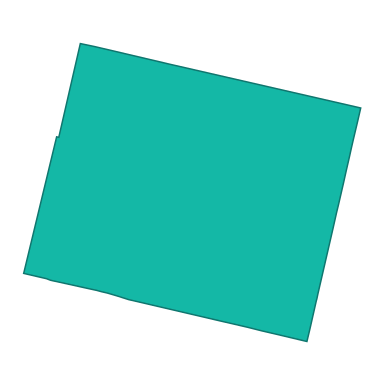 Baca, Colorado, United States of America, rotated 13°
{"feature_id": "52423323B14661971146918", "entity_name": "Baca", "entity_type": "district", "adm_level": 2, "iso_a3": "USA", "parent_name": "United States of America", "parent_adm1": "Colorado", "projection": "equal_earth", "projection_center": [-102.362, 37.319], "detail": "fine", "context": "isolated", "style": "filled", "palette": "teal", "viewbox_px": 384, "rotation_deg": 13, "n_neighbors": 0, "source": "geoboundaries", "source_scale": "gbopen_adm2", "svg_char_len": 731}
<svg xmlns="http://www.w3.org/2000/svg" viewBox="0 0 384 384"><g transform="rotate(13 192 192)"><path d="M141.1,72.5L64.3,72.2L49.8,72.5L49.9,168.7L47.7,168.7L46.3,309.2L69.7,309.2L73.9,309.8L74.3,309.8L76.0,309.8L114.4,309.4L121.3,309.3L126.2,309.5L132.1,309.5L137.3,309.8L142.3,310.1L154.5,311.1L250.2,311.3L276.6,311.3L291.3,311.6L298.0,311.6L334.2,311.8L337.6,311.8L337.7,300.1L337.7,297.9L337.7,297.4L337.7,296.6L337.7,296.3L337.6,270.0L337.7,268.0L337.6,263.2L337.6,257.0L337.6,214.1L337.6,199.6L337.6,195.3L337.5,179.4L337.6,171.1L337.6,165.9L337.6,158.3L337.6,149.2L337.5,136.4L337.5,123.0L337.4,112.2L337.4,110.1L337.4,103.9L337.5,85.6L337.5,72.2L141.1,72.5Z" fill="#14b8a6" stroke="#0f766e" stroke-width="1.5"/></g></svg>